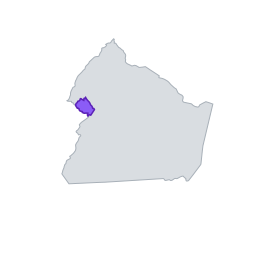 where Naâma sits in Algeria, rotated 321°
{"feature_id": "DZA-2149", "entity_name": "Naâma", "entity_type": "Province", "adm_level": 1, "iso_a3": "DZA", "parent_name": "Algeria", "parent_adm1": "", "projection": "orthographic", "projection_center": [-0.771, 33.209], "detail": "fine", "context": "in_parent", "style": "filled", "palette": "violet", "viewbox_px": 256, "rotation_deg": 321, "n_neighbors": 0, "source": "natural_earth", "source_scale": "10m", "svg_char_len": 5007}
<svg xmlns="http://www.w3.org/2000/svg" viewBox="0 0 256 256"><g transform="rotate(321 128 128)"><path d="M172.9,49.6L173.1,50.1L173.1,50.5L172.5,50.9L172.1,51.2L171.7,52.4L170.8,53.2L170.7,53.5L171.4,53.9L171.6,54.2L171.8,54.7L171.6,56.3L171.5,59.0L171.5,59.6L171.9,60.3L172.1,60.9L172.3,61.5L172.3,63.1L172.7,63.9L173.0,64.7L172.6,65.8L172.4,66.8L172.4,68.1L172.4,68.9L172.1,69.7L171.6,70.5L171.1,70.9L170.5,71.4L169.7,72.0L169.2,73.4L167.9,74.6L167.6,75.0L167.6,75.9L167.7,77.2L168.1,78.1L168.8,79.6L169.6,81.1L169.8,81.9L170.0,82.2L170.9,82.7L172.4,83.3L172.7,83.6L173.5,84.6L174.3,86.6L174.7,87.9L177.4,89.7L180.0,91.2L180.2,91.5L182.0,97.4L182.7,99.5L185.1,107.1L184.4,107.6L183.7,108.3L184.4,109.3L185.7,110.9L186.5,112.2L186.8,112.7L187.5,114.4L188.1,116.0L188.2,116.5L188.5,117.8L188.6,121.3L189.3,125.8L190.0,128.0L189.5,130.0L189.0,132.0L189.1,133.0L189.6,134.4L190.0,135.5L190.5,136.1L190.6,137.9L190.4,138.6L189.2,139.8L187.8,140.8L187.4,141.6L187.4,142.5L187.6,143.1L192.4,149.0L192.6,149.6L192.8,151.4L193.7,153.6L194.5,154.5L194.9,155.2L195.5,155.6L196.1,156.0L196.4,156.0L198.3,155.2L201.6,155.8L204.8,156.5L205.1,156.6L207.2,159.8L209.0,162.8L175.0,189.0L171.2,192.7L162.2,201.7L161.5,202.2L149.2,205.3L142.7,206.8L142.4,206.9L142.0,207.0L141.8,206.9L141.2,206.8L140.5,206.3L140.1,206.0L140.0,205.6L140.2,205.1L140.5,204.6L140.6,204.3L140.8,204.0L141.1,203.7L141.1,203.4L140.9,202.9L140.7,202.2L140.6,200.8L140.6,200.2L140.0,199.7L138.9,199.2L137.8,198.9L137.4,198.8L136.2,198.6L134.6,198.3L134.1,198.1L133.0,196.9L132.5,196.6L130.1,196.4L129.3,196.3L128.7,196.0L128.1,195.6L127.8,194.9L127.7,194.4L127.5,194.1L124.9,192.8L124.2,192.4L123.8,192.0L123.8,191.3L123.9,190.6L123.8,189.9L123.6,189.5L78.5,157.4L76.1,155.7L70.8,151.7L47.0,134.2L47.7,122.6L47.8,122.0L48.0,121.8L48.8,121.4L50.0,120.5L50.5,120.1L51.1,119.7L53.2,118.6L53.6,118.2L55.7,116.8L56.2,116.6L57.2,116.6L57.7,116.3L58.3,115.7L59.2,115.1L59.8,114.8L60.3,114.7L62.1,115.0L62.8,115.2L63.7,115.4L64.0,115.3L64.2,115.1L64.6,114.7L64.7,114.1L64.8,113.6L64.8,113.4L65.0,113.3L65.4,113.4L65.9,113.5L67.0,113.5L67.3,113.4L68.6,113.4L70.3,113.2L72.8,112.5L74.0,111.7L74.9,110.8L75.8,109.4L76.6,108.2L78.0,107.5L79.2,107.1L79.9,107.0L81.5,106.4L84.1,104.6L86.2,104.4L86.4,104.2L86.7,103.9L86.8,103.3L86.4,102.9L86.0,102.7L85.7,102.5L85.4,102.4L85.3,102.2L85.4,101.7L85.4,101.2L85.6,100.7L85.6,100.1L85.3,99.4L85.2,98.9L85.3,98.5L85.4,98.1L85.9,97.9L86.4,97.8L87.1,97.9L88.3,97.8L91.4,96.8L91.7,96.4L91.9,95.6L92.1,95.0L92.4,94.7L92.6,94.7L95.1,94.3L95.7,94.3L100.3,94.6L104.3,94.7L104.7,94.6L104.7,94.1L104.5,93.1L104.6,92.6L105.2,92.0L105.9,91.4L105.6,90.7L105.0,90.2L104.2,89.6L103.8,89.4L103.1,88.6L102.7,87.8L102.4,86.1L101.8,85.2L101.5,84.0L101.8,81.8L101.3,80.5L101.2,79.9L101.2,79.3L101.4,78.1L101.3,76.5L100.7,74.8L101.0,74.3L101.2,74.0L101.1,73.7L100.6,73.2L100.3,72.7L100.5,72.3L100.8,71.7L100.7,71.5L99.8,70.8L98.4,69.6L97.9,69.0L97.7,68.4L99.2,68.6L99.9,68.5L101.6,67.7L103.0,66.7L104.1,66.2L105.0,65.0L105.8,64.3L107.0,63.5L110.5,61.9L111.0,61.8L112.2,62.2L113.2,62.1L113.8,61.5L114.6,60.1L115.7,59.2L117.1,58.3L119.0,57.5L120.3,56.7L122.3,56.0L127.3,55.5L129.8,55.0L131.6,55.1L133.3,53.8L134.2,53.4L138.0,53.1L139.7,52.2L146.5,51.8L147.4,52.1L148.2,52.5L149.7,53.6L150.4,53.8L151.3,53.5L153.3,52.3L155.6,51.6L156.8,50.9L157.3,49.9L158.4,49.5L159.1,50.1L161.5,50.7L163.0,50.4L163.6,50.1L163.3,49.0L164.9,49.2L166.2,49.6L167.5,50.6L168.4,50.7L169.8,50.1L172.9,49.6Z" fill="#d9dde1" stroke="#a8b0b8" stroke-width="1"/><path d="M104.4,93.5L104.5,92.7L104.6,92.4L104.7,92.2L104.8,92.1L105.2,92.0L105.5,91.9L105.7,91.7L106.2,91.2L104.0,89.4L103.5,89.2L103.3,89.0L102.3,87.3L102.6,87.1L102.7,86.9L102.8,86.8L102.8,86.6L102.8,86.4L102.7,86.2L102.4,86.0L102.2,85.8L102.1,85.6L102.0,85.3L101.9,85.1L101.5,84.7L101.4,84.4L101.4,83.5L101.5,83.3L101.6,83.1L101.8,82.6L102.0,82.2L101.9,81.9L101.6,81.1L101.4,80.9L101.1,80.9L101.0,80.6L101.1,80.4L101.3,80.3L101.3,80.1L101.2,79.8L101.2,79.3L101.2,78.9L101.6,77.5L101.6,77.4L101.6,77.2L103.0,76.4L103.3,76.3L103.5,76.3L103.9,76.3L104.1,76.3L104.5,76.3L104.7,76.2L104.8,76.2L105.3,75.9L105.6,75.7L105.7,75.8L105.8,75.9L106.0,75.9L106.3,75.8L106.5,75.9L106.7,76.0L106.9,76.1L107.1,76.2L107.6,76.2L107.9,76.1L108.1,76.1L108.3,76.0L108.7,75.6L109.0,75.4L109.3,75.3L109.5,75.3L109.7,75.5L109.9,75.5L110.0,75.7L110.0,75.8L110.1,76.1L110.0,76.3L110.1,76.6L110.7,77.8L110.9,78.3L110.8,78.5L111.0,78.8L111.1,78.7L111.2,78.4L111.3,78.4L111.5,78.2L111.8,77.9L112.0,77.6L112.5,77.4L112.8,77.3L113.0,77.4L113.2,77.6L113.2,77.9L113.2,78.0L113.3,78.2L113.6,78.0L114.0,77.7L114.3,77.6L114.2,78.0L114.0,79.8L114.0,81.3L114.2,83.5L114.1,84.1L114.1,84.4L113.7,85.8L113.6,86.2L113.5,86.6L113.5,86.8L113.7,88.4L113.7,88.5L113.0,90.3L113.0,90.5L113.1,90.9L113.2,91.0L113.3,91.0L113.5,91.0L113.7,91.3L113.7,91.5L113.7,92.0L113.5,92.6L107.5,94.5L107.1,94.6L106.8,94.0L106.7,93.8L106.6,93.7L106.4,93.6L106.2,93.4L105.5,93.4L104.5,93.5L104.4,93.5Z" fill="#8b5cf6" stroke="#5b21b6" stroke-width="1.5"/></g></svg>